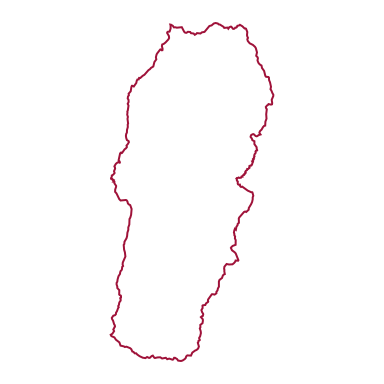 Caparrapi, Cundinamarca, Colombia
{"feature_id": "7082276B94520275581830", "entity_name": "Caparrapi", "entity_type": "district", "adm_level": 2, "iso_a3": "COL", "parent_name": "Colombia", "parent_adm1": "Cundinamarca", "projection": "natural_earth1", "projection_center": [-74.507, 5.372], "detail": "fine", "context": "isolated", "style": "outline", "palette": "rose", "viewbox_px": 384, "rotation_deg": 0, "n_neighbors": 0, "source": "geoboundaries", "source_scale": "gbopen_adm2", "svg_char_len": 6000}
<svg xmlns="http://www.w3.org/2000/svg" viewBox="0 0 384 384"><path d="M263.0,127.1L264.1,125.9L265.2,125.6L265.4,121.7L266.5,118.7L266.2,114.2L266.8,109.2L266.2,108.4L265.8,107.0L267.0,105.5L268.0,104.9L268.5,104.1L271.0,104.6L272.0,104.3L272.2,103.1L271.7,99.8L273.3,96.0L273.3,94.6L272.5,93.3L271.4,90.6L270.5,89.2L271.0,86.8L270.0,82.3L269.1,80.2L268.9,77.5L268.4,77.0L266.1,76.8L265.3,75.8L264.1,70.9L262.0,68.0L261.5,65.5L260.1,64.7L258.7,63.3L257.9,61.6L257.5,60.3L257.9,58.5L257.7,57.4L256.2,55.8L257.0,52.4L255.8,48.1L255.0,46.8L252.9,44.9L249.7,43.3L247.8,41.0L247.3,39.2L248.0,37.9L247.3,36.5L247.0,35.1L247.3,32.0L246.0,28.7L245.4,28.4L244.6,28.5L242.4,26.3L239.9,24.8L239.0,25.5L237.4,25.8L236.7,27.3L236.2,27.6L235.3,27.6L234.8,28.3L233.9,28.9L233.1,28.9L231.3,26.7L230.8,26.6L229.4,27.2L228.3,28.7L227.6,27.6L224.2,27.9L223.5,26.8L219.8,24.5L218.7,24.4L217.8,23.5L215.6,23.0L213.8,23.5L211.6,25.4L209.4,26.0L204.5,31.9L201.8,32.4L200.5,33.5L197.0,33.1L196.4,33.8L194.8,34.8L193.6,33.5L191.0,33.2L190.2,32.0L187.9,31.8L186.5,32.8L185.2,32.7L184.2,31.8L181.8,27.2L176.8,27.7L175.5,27.3L173.9,27.4L172.8,25.8L171.0,24.7L170.3,24.6L170.6,25.6L170.6,28.5L169.7,31.4L169.5,31.7L168.0,31.7L167.3,32.2L167.1,32.9L168.9,36.0L169.1,38.0L168.4,39.4L165.4,42.6L163.7,43.9L162.2,44.5L161.9,46.1L162.6,49.0L162.4,50.2L161.7,50.3L160.7,49.4L160.2,49.5L157.2,53.4L156.6,54.4L155.9,57.2L156.3,59.4L154.4,62.0L153.3,66.5L151.0,67.9L149.9,69.2L148.5,70.1L144.4,74.8L142.7,75.8L140.3,78.0L139.1,77.9L138.7,79.4L137.4,79.5L136.7,80.9L136.3,82.9L133.8,86.5L132.5,85.8L131.9,85.8L131.4,87.0L130.7,91.3L128.6,93.7L128.9,95.2L128.0,96.5L127.7,98.5L128.5,99.8L128.6,102.0L127.7,103.8L128.5,105.6L127.8,110.4L127.3,111.7L127.5,112.6L127.2,114.6L127.9,116.9L127.5,118.8L128.1,123.6L127.7,124.5L127.8,127.1L127.0,129.9L126.9,132.6L126.2,133.9L125.9,135.9L126.2,137.9L126.9,140.0L128.6,141.1L128.9,142.1L127.9,143.9L126.5,145.6L126.9,147.0L126.0,148.3L124.6,149.3L122.1,152.9L121.5,153.1L121.3,152.5L121.0,152.5L120.1,153.4L118.6,160.3L119.5,161.3L119.9,162.3L119.7,162.7L118.5,162.3L117.6,162.4L115.9,163.8L114.6,165.9L114.4,166.6L114.9,167.1L115.1,168.7L114.0,171.2L114.6,173.0L113.3,174.6L111.8,175.5L111.8,176.8L111.0,178.2L111.1,178.8L112.3,179.0L112.3,179.6L113.0,180.4L113.3,180.4L113.5,180.0L113.9,180.2L113.7,180.7L114.0,181.3L113.6,181.7L114.4,181.8L114.4,183.3L116.1,185.8L116.1,186.8L115.2,189.5L115.1,191.8L116.5,193.4L119.3,199.2L120.6,200.5L125.9,200.0L126.6,200.3L127.4,201.4L127.9,203.4L128.8,204.4L130.2,205.1L131.6,209.0L131.1,214.8L130.3,217.6L129.5,219.0L129.3,224.6L128.3,227.4L128.3,229.9L127.4,232.7L127.1,236.1L126.5,238.3L124.5,241.7L124.3,244.0L123.7,244.9L124.1,249.6L124.9,252.3L125.4,256.5L122.8,262.5L122.6,264.5L123.1,266.0L122.2,266.9L121.9,269.5L121.3,270.5L120.7,270.9L120.2,272.2L120.0,273.9L118.5,276.2L117.6,279.4L117.3,281.7L116.6,282.9L116.6,284.5L117.3,286.6L117.3,288.0L119.3,290.2L119.2,294.5L119.7,295.1L120.6,295.4L121.0,296.0L121.0,297.6L120.4,297.8L120.2,298.2L120.7,299.8L120.6,300.7L119.7,301.8L119.1,303.2L119.0,304.7L118.2,306.1L118.7,307.3L118.1,308.1L117.0,311.1L116.0,312.8L115.9,314.2L115.0,315.2L113.3,315.7L111.8,317.9L112.0,318.9L113.1,320.8L114.1,324.2L114.8,325.3L115.0,326.7L114.3,327.4L114.1,328.2L113.3,329.4L114.1,331.1L112.4,333.7L110.7,334.8L111.4,336.1L114.4,337.4L115.9,339.7L119.4,342.4L120.5,345.6L123.9,346.4L124.8,347.0L126.5,346.7L130.2,348.2L131.3,349.2L132.3,351.5L133.5,351.9L134.7,353.3L136.2,353.3L137.2,354.5L139.6,356.2L142.8,357.7L145.4,358.1L147.1,357.0L149.0,357.9L149.7,357.9L151.6,356.1L152.8,355.6L154.2,357.6L154.9,358.0L157.7,357.4L160.3,357.3L162.1,358.5L165.8,357.8L167.2,359.2L169.2,358.6L172.5,359.7L173.3,359.4L174.1,357.8L175.0,357.8L177.1,359.1L178.1,360.6L181.0,361.0L182.6,360.5L184.7,359.1L185.7,358.0L186.2,356.4L187.3,355.4L191.0,355.6L192.3,352.6L195.2,350.5L196.5,350.0L198.1,348.6L198.9,346.5L197.8,342.8L198.3,342.2L198.4,341.0L199.7,340.2L199.7,339.5L199.2,338.7L199.2,337.8L200.1,336.4L200.9,333.1L200.7,331.2L199.8,328.4L200.4,327.3L200.3,324.9L202.5,323.2L202.9,320.8L202.8,319.3L200.9,317.1L201.8,316.3L202.7,316.1L203.2,314.6L203.1,313.7L202.2,312.4L201.4,310.1L202.6,308.1L202.5,305.6L202.9,305.3L205.3,305.0L206.0,303.4L208.0,302.0L208.2,301.6L207.9,301.0L208.1,299.5L211.8,294.3L212.8,294.2L214.6,294.6L216.4,293.3L216.4,291.9L217.5,290.4L217.9,288.5L218.9,286.7L218.9,281.5L219.5,279.9L222.0,278.0L222.9,275.4L224.0,274.4L224.8,274.1L224.3,271.2L224.4,269.8L224.1,268.9L224.4,266.7L226.6,264.0L229.0,264.5L232.5,264.3L234.1,263.0L235.3,261.5L235.6,260.5L238.1,260.7L238.4,260.2L235.7,253.4L234.6,252.2L232.0,250.3L230.9,247.9L231.4,247.1L232.7,245.9L235.6,244.8L235.7,240.1L234.9,238.4L235.1,236.4L234.4,235.4L234.3,233.6L233.9,232.6L234.3,230.5L234.9,228.8L235.9,229.7L236.4,226.8L237.5,225.3L237.7,223.9L238.9,222.8L238.8,218.4L239.3,217.4L244.0,212.0L245.1,211.5L246.2,212.0L248.7,209.7L248.8,208.0L251.1,204.2L252.1,202.0L252.7,199.3L252.7,197.3L253.3,195.8L252.6,193.0L252.3,192.3L251.2,192.2L247.7,190.6L242.2,186.6L241.1,187.0L240.2,186.3L239.9,184.6L238.6,184.7L238.0,184.3L237.7,183.4L237.8,181.5L236.9,180.6L236.8,179.0L236.4,178.6L236.9,178.0L237.7,178.1L238.5,177.5L239.5,177.9L241.0,177.7L241.5,176.6L242.5,176.7L242.5,175.9L243.1,175.2L244.1,174.9L244.1,174.2L244.9,173.9L245.1,173.2L245.6,173.0L245.7,172.5L245.2,172.2L245.3,171.7L246.0,170.7L247.0,170.1L247.2,169.0L248.0,169.1L249.5,167.8L249.2,167.3L249.6,166.6L249.4,166.1L250.6,165.4L251.4,165.5L252.1,164.4L252.3,163.3L252.8,162.4L252.2,161.4L253.0,161.2L252.8,160.2L253.6,159.6L253.1,158.9L254.1,158.0L253.9,157.1L254.5,156.5L254.2,155.3L254.8,153.9L255.4,153.4L255.7,152.4L255.5,151.5L255.9,150.8L257.0,150.5L257.2,150.2L256.7,148.9L256.6,147.2L254.4,144.1L254.4,141.2L252.4,140.2L251.8,138.4L250.7,137.2L250.6,136.4L251.3,134.9L253.1,134.1L253.7,134.2L255.6,136.0L256.6,136.3L257.3,136.1L258.6,135.1L260.5,134.5L259.5,133.1L259.4,132.5L260.1,131.0L261.6,129.6L263.0,127.1Z" fill="none" stroke="#9f1239" stroke-width="2"/></svg>